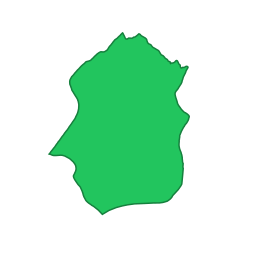 outline of Man'ar, Al Mahrah, Yemen, rotated 118°
{"feature_id": "15242507B25634508234618", "entity_name": "Man'ar", "entity_type": "district", "adm_level": 2, "iso_a3": "YEM", "parent_name": "Yemen", "parent_adm1": "Al Mahrah", "projection": "robinson", "projection_center": [50.908, 16.452], "detail": "fine", "context": "isolated", "style": "filled", "palette": "green", "viewbox_px": 256, "rotation_deg": 118, "n_neighbors": 0, "source": "geoboundaries", "source_scale": "gbopen_adm2", "svg_char_len": 5802}
<svg xmlns="http://www.w3.org/2000/svg" viewBox="0 0 256 256"><g transform="rotate(118 128 128)"><path d="M45.8,104.4L45.9,105.0L46.2,105.5L46.6,105.9L48.0,106.7L48.4,107.1L48.5,107.6L48.7,108.1L49.7,108.7L50.0,109.2L50.0,109.8L49.6,110.2L48.8,111.0L48.3,111.2L47.9,111.6L47.8,112.2L47.7,112.8L47.4,113.4L47.0,113.9L46.3,114.8L45.7,115.7L45.5,116.3L45.6,116.8L46.0,117.2L47.0,117.5L47.6,117.6L48.0,117.8L48.5,118.0L49.3,118.7L49.7,119.0L49.9,119.6L50.2,120.1L50.7,120.4L51.1,120.7L50.7,121.2L50.3,121.4L49.9,121.8L49.8,122.4L50.0,122.9L50.1,123.5L50.0,124.0L49.3,125.1L49.1,125.6L49.0,126.8L49.0,127.4L48.9,128.0L48.4,128.9L48.2,129.5L47.8,130.6L47.7,131.2L47.7,131.7L47.8,132.9L47.6,133.4L47.3,133.9L46.4,135.4L45.4,137.1L45.3,137.6L45.3,138.2L45.2,140.6L45.1,141.9L45.1,142.5L45.1,143.7L45.0,144.3L44.3,145.9L44.0,146.4L43.8,146.9L43.8,147.6L43.9,148.7L43.9,149.3L43.7,150.0L43.5,150.5L43.2,151.0L42.4,151.8L42.1,152.3L41.6,152.6L41.2,153.0L40.9,153.4L40.7,154.0L40.4,155.2L40.4,156.4L40.3,159.4L40.2,160.0L40.0,160.5L39.7,161.0L39.7,162.5L40.1,162.8L40.6,162.9L41.7,163.3L43.3,164.0L44.2,164.5L44.7,164.9L45.0,165.3L45.3,165.8L45.8,166.0L46.3,166.1L46.7,166.4L47.0,166.9L47.5,168.0L48.3,169.6L48.8,169.9L49.2,170.1L49.7,170.4L50.1,170.9L50.3,171.4L50.2,171.9L50.0,172.5L49.7,173.0L49.4,173.4L49.0,173.8L48.7,174.2L47.6,175.8L47.0,176.6L46.6,177.2L46.6,177.5L46.9,177.6L48.2,178.0L49.1,178.3L49.5,178.3L50.5,178.6L51.1,178.9L51.5,179.0L51.8,179.1L52.1,179.2L52.4,179.3L53.9,179.7L54.6,180.1L56.0,180.8L56.3,181.0L56.9,181.1L57.3,181.2L58.1,181.3L58.8,181.5L59.5,181.6L60.5,181.7L61.9,182.0L62.6,182.1L63.3,182.2L64.0,182.5L65.0,182.7L66.4,182.8L67.1,182.8L67.5,182.8L68.0,182.9L68.8,183.0L69.6,183.3L69.8,183.5L70.7,183.9L71.3,184.3L71.8,184.7L72.1,185.0L72.3,185.3L72.5,185.6L72.7,185.9L72.9,186.6L73.5,187.8L73.8,188.1L74.1,188.3L74.5,188.6L75.5,189.2L76.2,189.5L76.8,189.9L77.1,190.0L77.8,190.2L78.4,190.4L79.4,190.8L80.1,191.0L80.8,191.3L81.5,191.4L82.3,191.6L83.3,192.0L83.9,192.2L85.3,192.6L85.9,192.9L86.1,193.0L86.7,193.5L87.2,194.0L87.7,194.5L87.9,194.7L88.1,195.0L88.6,195.5L88.8,195.8L89.1,196.0L89.7,196.4L90.8,196.6L91.8,196.9L92.3,197.2L92.6,197.3L93.3,197.6L95.2,198.3L96.0,198.5L96.3,198.6L96.6,198.7L96.9,198.7L97.5,198.9L98.4,199.1L98.8,199.2L99.2,199.3L100.5,199.8L101.6,200.0L102.3,200.2L102.9,200.3L104.3,200.7L105.6,200.9L106.8,201.1L108.5,201.6L109.2,201.8L109.5,201.8L111.8,201.8L112.5,201.8L113.8,201.5L114.5,201.2L115.5,200.6L116.6,199.9L118.5,197.7L118.8,197.5L119.2,196.9L120.3,195.9L120.9,195.3L121.1,195.0L121.3,194.7L121.8,193.7L122.0,193.4L123.2,191.4L124.2,189.7L124.7,188.8L124.9,188.4L125.8,186.9L126.4,186.0L127.4,185.0L127.9,184.4L128.8,183.7L129.4,183.2L130.0,182.7L131.0,182.1L132.2,181.5L132.6,181.4L132.9,181.2L134.5,180.5L135.0,180.4L136.8,179.9L137.8,179.7L138.2,179.6L140.2,179.4L142.3,179.4L144.4,179.2L145.2,179.3L146.3,179.4L146.7,179.5L147.0,179.5L148.4,179.7L151.6,180.0L152.0,180.1L152.4,180.1L152.8,180.2L154.8,180.5L155.9,180.5L158.4,180.8L160.2,181.2L160.5,181.2L161.5,181.4L161.9,181.5L162.2,181.5L162.9,181.6L164.2,181.7L164.5,181.7L166.2,182.1L167.0,182.2L167.4,182.3L169.1,182.4L169.4,182.5L170.5,182.6L170.9,182.6L171.2,182.7L171.9,182.8L172.5,183.1L172.9,183.1L174.6,183.2L175.0,183.3L176.0,183.5L179.3,183.8L180.4,184.1L183.4,184.6L184.7,184.9L185.5,185.0L186.1,185.0L187.1,185.2L188.0,185.4L187.8,184.4L187.6,183.7L187.6,182.6L187.5,181.9L187.3,181.1L187.2,180.8L187.0,180.4L186.7,179.8L186.0,178.5L183.6,174.7L183.3,174.0L183.0,173.3L182.9,173.0L182.4,170.7L182.4,170.3L182.4,168.4L182.4,165.5L182.5,165.1L182.6,164.3L182.9,163.2L183.0,162.8L183.2,162.1L183.5,160.7L184.2,159.2L184.7,158.2L185.1,157.5L185.9,156.5L186.2,156.2L187.0,155.6L188.2,154.8L188.5,154.6L189.2,154.4L190.1,154.1L191.1,154.0L191.5,153.9L192.9,153.9L193.2,153.8L195.5,153.8L196.1,153.6L196.4,153.4L197.0,152.9L197.9,151.8L198.3,151.2L198.7,150.6L199.4,149.3L200.1,148.0L201.3,145.7L201.6,144.9L202.0,143.7L202.4,142.6L203.3,141.4L204.0,140.5L205.5,138.6L206.4,137.7L206.8,137.2L208.1,136.1L208.8,135.3L209.0,135.0L209.3,134.8L210.0,133.8L210.6,132.8L211.3,131.9L211.8,131.0L212.1,130.2L212.5,128.8L212.8,127.3L213.0,125.4L213.0,125.0L213.2,124.2L213.3,123.4L213.3,123.0L213.3,122.2L213.4,121.1L213.6,120.0L213.9,118.5L214.3,116.2L214.6,115.0L214.8,114.6L215.0,113.8L215.6,112.3L215.7,111.7L216.0,110.9L216.3,110.1L209.7,106.1L203.7,101.0L199.5,96.5L196.1,92.4L191.9,86.6L185.9,76.4L182.3,70.4L179.4,65.1L177.4,62.3L175.9,60.7L174.2,59.0L172.7,58.2L170.7,57.3L168.6,56.8L166.6,56.8L162.6,55.7L158.6,54.7L154.5,54.2L152.3,54.2L150.5,54.9L142.6,58.2L137.7,60.3L137.1,60.9L136.1,61.5L135.1,61.9L134.6,62.1L134.1,62.4L133.5,62.6L133.2,63.0L132.8,63.5L132.3,63.9L131.8,64.3L131.2,64.6L129.8,65.6L128.7,66.2L127.4,67.2L126.5,67.9L126.1,68.4L124.8,69.6L124.0,70.5L123.6,71.0L123.3,71.4L122.9,71.8L122.1,72.7L119.9,74.5L118.3,75.4L117.2,75.9L116.0,76.4L115.5,76.7L114.5,77.2L113.9,77.3L112.7,77.8L112.1,78.0L111.6,78.1L111.2,78.4L110.7,78.7L110.1,78.9L109.6,78.9L108.5,79.0L105.7,79.3L103.5,79.3L101.3,79.3L100.2,79.1L98.5,79.1L98.0,79.0L96.2,78.6L94.1,78.5L92.9,78.5L92.4,78.6L91.9,78.6L91.4,78.8L90.4,79.0L89.4,79.2L88.9,79.5L88.6,79.9L88.3,80.5L87.8,82.3L87.8,82.8L87.7,83.5L87.6,84.4L87.7,85.4L87.6,85.9L87.5,86.5L87.1,87.7L86.8,88.7L86.4,89.8L86.1,90.4L85.5,91.5L84.7,93.2L84.1,94.3L83.8,94.8L83.4,95.4L83.0,95.8L82.6,96.2L81.7,97.0L80.4,98.3L78.8,100.0L77.5,101.2L76.6,101.9L76.2,102.3L75.2,102.7L74.7,102.9L74.2,102.9L73.2,102.9L72.6,102.8L70.8,102.4L69.8,102.3L67.5,102.2L67.0,102.1L66.5,102.1L66.0,102.1L65.4,102.0L64.9,101.9L62.7,101.9L62.2,102.0L61.7,102.1L60.8,102.4L59.2,102.6L57.5,103.0L56.4,103.1L52.1,103.2L50.5,103.5L50.0,103.5L49.5,103.5L49.0,103.5L46.8,103.4L46.3,103.5L45.9,103.9L45.8,104.4Z" fill="#22c55e" stroke="#15803d" stroke-width="1.5"/></g></svg>